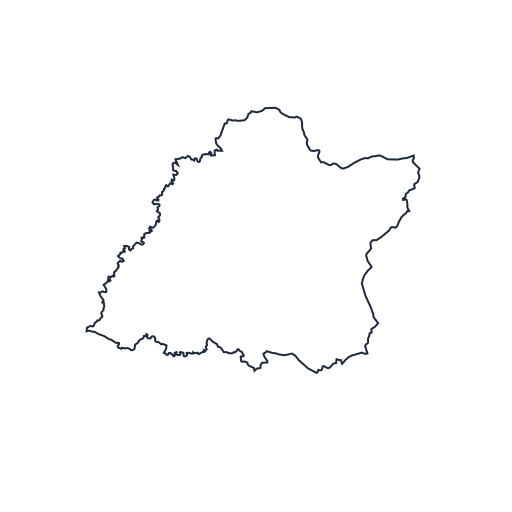 Faratsiho, Vakinankaratra, Madagascar (Mercator projection), rotated 335°
{"feature_id": "10022922B80317071360034", "entity_name": "Faratsiho", "entity_type": "district", "adm_level": 2, "iso_a3": "MDG", "parent_name": "Madagascar", "parent_adm1": "Vakinankaratra", "projection": "mercator", "projection_center": [46.848, -19.419], "detail": "fine", "context": "isolated", "style": "outline", "palette": "slate", "viewbox_px": 512, "rotation_deg": 335, "n_neighbors": 0, "source": "geoboundaries", "source_scale": "gbopen_adm2", "svg_char_len": 6122}
<svg xmlns="http://www.w3.org/2000/svg" viewBox="0 0 512 512"><g transform="rotate(335 256 256)"><path d="M315.8,391.4L316.8,383.7L318.2,382.6L320.3,382.3L321.1,381.7L322.6,378.2L325.0,376.2L326.2,374.1L328.6,374.1L329.3,371.6L330.0,370.9L334.0,370.4L338.3,368.5L336.7,361.3L337.6,358.5L338.3,351.5L338.4,337.9L340.3,325.6L343.9,321.3L346.7,318.9L351.1,316.6L355.9,315.0L356.1,313.9L355.1,307.8L356.0,302.4L356.7,301.0L363.4,298.0L365.0,293.0L365.5,292.3L367.8,291.1L368.9,291.1L371.7,292.6L377.3,291.8L387.2,289.2L390.4,287.1L392.1,287.5L394.1,289.2L395.2,289.2L396.7,288.5L399.8,285.5L403.9,282.5L407.6,281.0L410.1,280.6L411.9,279.3L413.8,280.1L413.7,275.9L415.2,272.8L416.1,269.5L416.1,268.4L415.2,267.5L413.5,267.7L412.9,267.2L413.4,266.2L416.6,265.6L417.9,263.1L420.4,262.7L422.6,261.3L428.3,261.7L428.9,260.8L429.1,258.8L429.8,257.9L433.8,257.2L437.0,254.3L437.9,252.3L438.0,249.3L439.3,247.5L441.2,246.0L437.9,237.5L438.3,235.8L440.7,233.6L441.4,231.6L434.0,230.9L431.1,229.8L425.0,228.4L416.0,223.9L411.7,218.2L410.2,217.0L402.3,214.7L398.8,214.8L396.3,213.4L392.4,212.8L385.4,213.0L376.8,214.1L372.1,213.7L370.2,212.0L367.5,206.4L365.2,204.9L362.3,205.2L360.8,204.5L356.7,199.4L354.6,198.7L353.8,192.9L355.2,190.5L357.4,188.5L357.8,187.7L357.6,186.7L356.5,186.1L353.1,185.4L350.4,183.8L349.8,182.5L349.3,176.9L350.1,174.3L351.1,173.4L351.8,172.0L351.0,167.0L351.6,164.7L351.9,159.6L354.3,154.1L354.6,150.4L351.7,146.8L349.7,146.9L344.7,144.1L339.9,138.1L338.9,135.6L338.9,133.5L336.5,130.1L326.9,125.9L322.8,127.0L317.7,126.2L312.9,122.8L311.8,123.9L309.3,124.0L306.3,127.0L302.9,128.1L296.5,125.8L295.1,124.5L292.0,123.3L289.1,120.7L288.2,120.6L285.4,123.5L283.6,122.7L274.5,132.0L271.4,133.5L269.8,132.3L268.7,132.9L267.5,137.2L268.0,139.9L269.6,143.7L269.7,146.3L265.5,144.2L265.6,143.2L265.1,142.9L263.3,143.0L262.8,143.4L261.3,147.3L257.6,145.9L257.6,145.2L258.9,143.9L258.6,142.3L257.5,142.2L256.3,143.6L255.7,143.7L253.7,142.3L252.6,142.5L251.1,141.6L249.3,142.2L248.5,143.7L247.9,143.5L246.8,144.1L245.1,146.5L244.1,146.8L243.0,145.8L243.3,142.5L241.8,141.7L240.4,143.5L239.5,142.0L238.1,141.1L238.0,138.2L236.4,136.5L233.2,137.4L231.2,135.4L228.0,135.6L223.9,134.3L223.7,140.3L221.9,137.0L220.1,136.9L219.0,137.8L218.2,141.1L217.3,142.7L217.3,143.6L219.6,145.3L220.0,148.0L218.2,148.9L215.4,147.4L215.0,150.7L214.0,152.7L213.4,152.9L212.0,151.2L211.1,152.1L211.5,155.4L210.4,155.6L209.1,153.8L206.0,155.7L205.3,155.4L204.7,153.9L204.2,153.9L202.0,156.1L201.1,156.2L200.2,157.7L198.0,158.2L196.7,160.9L195.9,161.0L194.5,160.3L192.8,161.3L191.4,161.0L190.9,161.7L191.4,163.9L191.0,164.4L190.0,164.1L188.5,162.3L187.2,162.0L184.8,163.7L185.4,166.1L187.2,166.4L190.0,168.1L190.2,168.9L189.5,169.9L187.3,170.3L186.9,172.4L185.1,173.4L185.8,175.0L186.8,175.9L186.9,177.2L186.1,178.6L183.7,179.6L184.0,181.7L183.0,183.8L182.0,183.9L181.7,182.2L181.2,182.0L179.9,183.0L178.4,185.3L175.3,186.9L174.0,186.6L172.5,184.7L170.7,186.0L172.3,188.1L172.0,189.3L170.2,188.4L170.1,189.8L169.5,190.0L165.5,188.7L163.9,189.1L163.4,189.7L163.0,191.5L162.5,192.1L161.8,192.2L160.8,191.0L160.0,191.0L159.8,192.5L158.3,193.8L158.2,194.6L159.4,195.3L159.9,196.4L159.6,197.2L158.6,197.7L157.2,197.4L154.8,194.4L153.5,193.4L148.8,195.2L147.8,197.1L146.3,196.9L144.5,197.9L143.7,196.2L144.9,194.1L142.4,191.8L140.7,191.2L140.6,193.6L139.0,193.6L138.5,194.3L139.1,195.7L138.6,196.7L137.3,195.7L135.5,196.4L134.6,195.7L133.6,197.0L130.9,197.7L132.0,200.7L134.0,202.2L134.0,204.5L131.9,204.6L131.3,203.3L130.6,203.0L128.4,203.7L127.4,204.4L127.7,206.5L126.5,207.2L126.6,208.2L122.1,210.5L120.5,210.7L119.0,214.5L118.1,214.5L117.5,213.2L115.2,214.0L113.8,212.4L112.7,213.4L112.5,214.4L113.8,216.0L113.7,216.8L112.4,217.0L111.2,215.8L110.2,216.9L105.7,217.7L106.3,222.3L105.6,224.6L105.0,225.2L103.8,225.0L101.9,223.2L99.5,223.3L98.3,222.6L98.1,226.7L99.1,231.1L98.6,232.9L97.3,232.7L97.0,233.2L98.1,234.3L98.2,235.0L97.6,235.4L97.4,237.3L95.6,239.1L95.1,240.4L92.3,241.7L91.6,242.5L91.2,246.0L88.7,246.8L87.1,247.9L86.3,248.0L84.9,247.3L83.8,248.2L81.9,248.3L79.3,250.8L78.2,250.9L76.7,249.5L72.7,249.5L70.6,252.6L73.0,253.0L76.2,255.8L77.7,256.5L80.3,260.2L84.6,264.5L88.3,270.1L89.4,270.6L91.7,274.6L92.7,275.7L95.0,276.8L94.7,278.0L92.4,279.4L92.3,280.5L92.8,281.1L94.6,283.1L95.7,282.5L98.5,284.5L100.6,285.1L102.0,286.4L103.1,288.7L104.4,289.1L106.5,288.9L109.0,285.3L112.1,284.8L114.9,283.0L119.2,282.8L120.6,281.1L122.0,281.8L122.9,281.7L123.5,280.6L124.0,280.6L124.3,281.7L122.9,283.5L123.3,284.9L125.5,286.1L127.2,284.9L129.2,285.4L130.0,287.5L129.0,289.8L128.9,291.1L129.7,292.1L131.3,292.8L132.9,296.1L134.2,296.1L137.1,299.2L135.3,302.2L131.5,304.8L132.7,306.0L133.5,308.1L134.7,308.2L135.9,307.1L137.6,307.9L137.6,308.9L138.7,310.0L138.6,311.4L139.3,312.2L140.3,312.0L141.4,309.4L143.2,309.5L142.5,311.3L143.1,312.7L145.5,313.5L145.9,313.1L146.1,311.2L146.7,311.0L149.0,312.8L149.2,313.5L148.3,315.7L148.5,316.6L149.2,317.0L150.4,317.2L151.5,316.8L152.0,316.2L152.0,314.7L152.6,314.7L153.5,314.9L156.6,317.4L157.2,317.6L158.2,316.6L158.7,317.9L162.2,319.0L162.3,320.3L162.7,320.7L167.4,320.4L168.5,321.2L169.1,320.9L169.2,319.4L170.3,320.5L171.9,319.7L171.8,317.6L172.8,316.5L174.0,316.1L174.6,313.5L176.9,311.1L178.4,310.8L179.0,311.1L180.5,315.2L183.4,319.5L183.2,322.3L184.4,322.9L185.3,324.3L186.2,329.6L188.7,330.6L189.7,332.1L192.4,333.8L194.0,334.2L195.1,333.7L196.5,334.5L198.7,333.7L199.8,332.7L201.1,333.8L201.1,335.1L202.6,337.1L202.9,340.9L202.1,341.5L200.4,340.7L199.6,340.8L198.1,344.9L198.9,346.1L200.8,346.6L203.1,348.9L202.7,350.8L203.2,352.4L206.7,356.4L206.1,359.4L208.9,358.4L212.6,359.3L214.4,356.5L216.4,355.3L221.2,357.3L221.9,356.0L221.0,351.0L221.4,347.7L224.6,347.4L225.6,346.8L229.9,350.8L232.8,352.6L235.7,355.3L240.2,358.1L247.3,359.6L249.5,362.9L250.7,368.3L255.7,379.9L261.5,387.6L263.5,386.8L264.1,385.7L266.9,387.1L268.2,386.3L269.8,384.2L271.1,384.5L272.8,387.1L274.0,388.0L275.6,388.4L280.7,386.2L283.3,386.9L285.4,383.6L287.7,385.7L288.9,386.1L288.5,390.1L293.4,387.9L297.3,386.8L300.9,386.7L311.0,388.3L313.5,390.8L315.8,391.4Z" fill="none" stroke="#1e293b" stroke-width="2"/></g></svg>